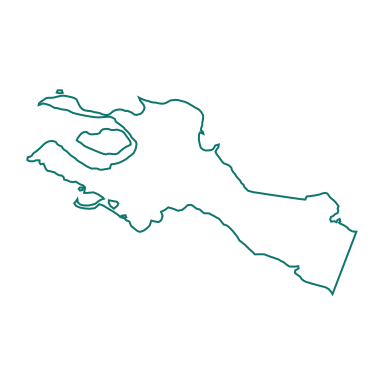 Godofredo Viana, Maranhão, Brazil, rotated 272°
{"feature_id": "56859067B50011400065460", "entity_name": "Godofredo Viana", "entity_type": "district", "adm_level": 2, "iso_a3": "BRA", "parent_name": "Brazil", "parent_adm1": "Maranhão", "projection": "robinson", "projection_center": [-45.732, -1.359], "detail": "fine", "context": "isolated", "style": "outline", "palette": "teal", "viewbox_px": 384, "rotation_deg": 272, "n_neighbors": 0, "source": "geoboundaries", "source_scale": "gbopen_adm2", "svg_char_len": 5523}
<svg xmlns="http://www.w3.org/2000/svg" viewBox="0 0 384 384"><g transform="rotate(272 192 192)"><path d="M158.1,357.7L158.1,355.5L158.3,353.5L160.0,350.2L162.2,348.1L164.4,344.3L165.4,341.5L166.5,339.9L167.9,341.3L170.2,340.5L169.1,338.4L166.9,337.3L167.8,335.3L167.2,332.1L169.2,331.1L171.8,331.7L173.1,334.1L175.0,336.0L175.9,338.1L178.4,338.9L180.5,338.1L182.9,339.0L186.7,335.9L188.6,333.9L191.2,330.4L195.1,327.4L195.8,325.4L195.2,322.6L193.9,319.5L192.8,314.6L192.2,311.1L191.8,308.7L191.5,306.7L188.4,305.5L188.6,301.7L188.9,298.6L192.3,267.6L193.4,258.7L193.9,253.6L195.2,248.0L197.1,246.0L198.6,244.3L201.1,243.2L202.6,241.1L204.8,239.9L207.2,237.6L209.0,235.9L210.7,234.8L212.4,233.4L213.9,232.0L216.0,230.9L217.8,230.4L220.0,227.9L220.9,225.2L221.9,222.6L223.4,221.1L227.4,218.0L231.2,214.9L233.1,214.1L235.4,215.2L237.6,216.8L240.4,217.1L239.2,213.5L237.4,212.7L235.7,211.7L234.6,209.7L234.1,206.9L234.0,204.0L234.5,202.0L236.4,199.4L238.5,198.5L240.1,198.1L241.8,197.6L245.3,197.0L249.9,197.0L251.9,198.0L250.5,201.4L252.3,200.9L254.3,198.7L256.7,199.1L259.3,200.0L261.3,199.8L264.7,200.4L267.4,200.6L269.7,200.1L272.7,198.1L274.9,195.6L276.3,192.7L280.4,185.2L281.8,182.0L282.4,179.2L283.4,174.7L283.5,172.2L283.2,170.2L282.8,167.4L280.1,162.8L279.4,160.9L279.2,158.5L279.5,155.4L280.0,153.1L280.2,149.5L280.6,147.4L281.3,145.6L281.8,142.8L283.4,138.0L284.5,135.7L281.5,137.1L279.1,139.1L277.3,140.7L274.7,141.7L272.0,140.9L269.7,139.5L268.3,137.8L267.7,135.9L267.1,134.0L267.3,132.0L269.5,128.5L270.9,124.6L270.6,122.5L271.7,120.0L272.0,116.9L271.7,115.0L271.1,112.5L269.6,110.0L267.3,107.4L266.3,105.8L265.9,103.2L266.3,100.4L267.5,97.4L268.1,94.4L268.4,91.4L269.2,88.7L269.4,85.9L269.6,83.4L270.3,80.9L271.3,79.1L273.2,77.3L275.7,75.8L278.6,74.4L280.6,73.2L281.9,70.9L282.5,68.5L282.9,66.1L283.4,63.8L283.7,61.2L283.7,58.8L283.2,56.6L282.4,53.3L281.6,50.9L281.2,48.1L281.1,44.8L280.6,42.8L278.9,40.6L277.1,38.0L275.2,36.0L273.5,35.7L274.3,38.0L275.3,39.8L274.9,42.0L274.5,44.1L273.8,46.7L272.4,49.5L271.3,51.6L271.1,54.5L270.3,57.8L269.9,60.2L269.7,63.2L269.0,65.9L268.0,67.8L267.0,70.0L266.3,72.9L265.3,77.9L264.5,83.1L263.8,88.3L263.4,92.0L263.3,95.6L263.7,100.7L264.2,103.9L264.3,107.6L263.5,110.1L262.3,112.3L259.5,113.5L257.7,116.5L254.0,121.6L252.5,122.7L250.7,124.8L248.5,127.0L246.7,128.5L244.5,129.7L242.4,131.9L240.6,134.0L238.2,134.9L235.3,134.6L233.1,134.2L231.1,133.3L229.1,132.5L227.7,131.1L226.3,129.6L225.0,127.7L223.3,126.0L221.5,123.4L220.1,120.9L219.0,118.8L218.2,116.9L217.3,113.2L216.9,110.4L215.0,109.6L212.9,109.3L212.3,107.2L211.9,105.0L211.1,101.1L211.1,99.0L212.1,96.4L212.1,93.5L211.9,90.8L212.9,88.3L213.8,86.3L216.0,82.5L217.2,80.6L218.1,78.7L219.6,76.3L221.6,74.2L223.1,71.6L224.5,69.4L226.1,67.7L228.2,65.5L229.7,62.8L231.4,61.1L233.0,60.2L233.6,58.3L234.8,56.0L237.4,53.9L238.2,50.4L237.6,47.1L236.4,44.8L235.1,43.0L233.8,41.6L232.0,40.0L230.1,38.1L228.4,36.2L227.1,34.8L225.7,32.8L224.5,31.6L222.9,30.8L221.7,29.0L221.0,26.6L218.3,26.3L217.1,28.4L217.1,30.8L217.2,32.8L218.3,35.1L218.3,38.5L216.0,38.6L214.5,39.7L215.1,42.7L212.6,43.9L210.0,45.0L208.1,47.0L207.7,50.1L206.8,54.1L205.5,55.7L204.2,58.2L203.8,61.4L202.3,63.2L200.0,63.8L199.2,67.2L198.1,69.6L197.7,72.7L198.3,75.5L196.6,78.4L195.5,80.6L194.9,82.7L193.0,84.9L190.7,84.7L187.3,84.3L187.4,86.9L188.2,93.5L187.0,96.7L186.3,98.4L184.4,101.3L183.6,102.9L182.2,104.2L181.5,102.2L180.3,99.8L176.8,95.7L175.8,92.6L175.0,89.8L174.8,85.6L175.0,82.7L175.8,80.5L177.6,78.3L180.9,77.7L178.5,76.3L176.6,74.7L174.1,76.5L172.6,80.3L171.8,85.3L171.7,90.3L172.1,93.5L172.5,95.4L173.9,97.1L176.6,99.8L175.3,103.9L173.3,107.3L171.2,111.1L170.1,113.3L167.6,117.3L165.7,120.0L164.4,121.2L163.5,125.1L161.4,127.4L160.3,130.4L158.3,131.3L156.1,132.3L153.9,135.0L152.0,137.5L150.8,139.5L150.4,141.7L151.8,145.2L153.9,147.9L155.7,149.8L157.4,151.0L159.4,151.6L162.0,152.3L161.0,157.3L160.8,159.8L162.2,161.7L163.7,162.6L167.2,163.5L169.3,162.5L171.2,161.7L172.1,163.7L173.5,166.1L175.8,168.9L174.4,174.5L172.8,178.4L173.7,182.7L176.4,186.0L178.3,187.5L178.9,189.4L179.1,191.6L178.2,193.5L176.8,195.2L175.4,197.4L174.8,200.3L173.2,202.2L171.2,204.8L171.2,209.9L169.9,212.3L168.7,215.0L167.0,218.1L166.2,220.0L160.6,224.8L159.8,227.9L158.0,230.5L153.8,234.7L148.4,239.2L145.3,241.0L142.9,244.3L141.1,246.8L136.8,251.4L133.9,254.9L131.9,256.9L132.2,263.2L132.2,266.5L129.9,273.1L129.1,276.1L127.5,281.1L126.4,282.9L125.0,286.1L122.6,289.2L120.9,292.1L121.0,297.3L121.6,300.8L119.4,301.2L117.1,297.8L114.5,297.9L111.0,303.2L108.6,304.8L107.1,307.0L106.1,309.4L105.4,312.0L104.6,315.1L103.0,321.7L101.5,328.6L99.8,331.9L97.8,333.9L94.9,336.0L107.4,340.3L158.1,357.7ZM180.8,109.2L179.6,117.4L177.9,118.7L175.8,118.0L172.6,114.5L175.2,110.9L178.4,109.1L180.8,109.2ZM163.5,125.1L165.9,122.9L166.5,126.3L164.6,127.2L163.5,125.1ZM239.4,128.9L241.6,127.7L243.5,126.2L245.5,124.6L247.7,123.0L249.3,121.6L250.6,119.2L251.7,114.9L251.3,112.3L251.1,109.5L252.1,105.9L252.0,103.1L251.4,100.5L249.7,98.8L247.6,97.6L246.7,95.1L246.1,90.1L246.2,88.1L247.1,86.2L248.3,84.5L248.0,81.9L246.9,79.8L245.1,78.1L242.1,76.1L239.7,75.0L238.5,76.5L237.3,79.1L235.7,81.1L234.4,82.7L233.3,85.0L229.8,94.1L227.4,100.7L226.6,104.4L227.3,106.8L227.4,108.9L227.1,111.4L227.2,114.5L228.1,116.7L230.1,118.7L232.0,120.8L233.5,122.7L235.0,124.9L235.9,126.8L237.1,129.0L239.4,128.9ZM289.1,58.3L288.9,54.2L286.7,53.3L286.0,56.5L286.6,59.3L289.1,58.3ZM192.6,79.9L191.1,78.7L189.5,80.2L190.3,82.5L192.6,82.8L192.6,79.9Z" fill="none" stroke="#0f766e" stroke-width="2"/></g></svg>